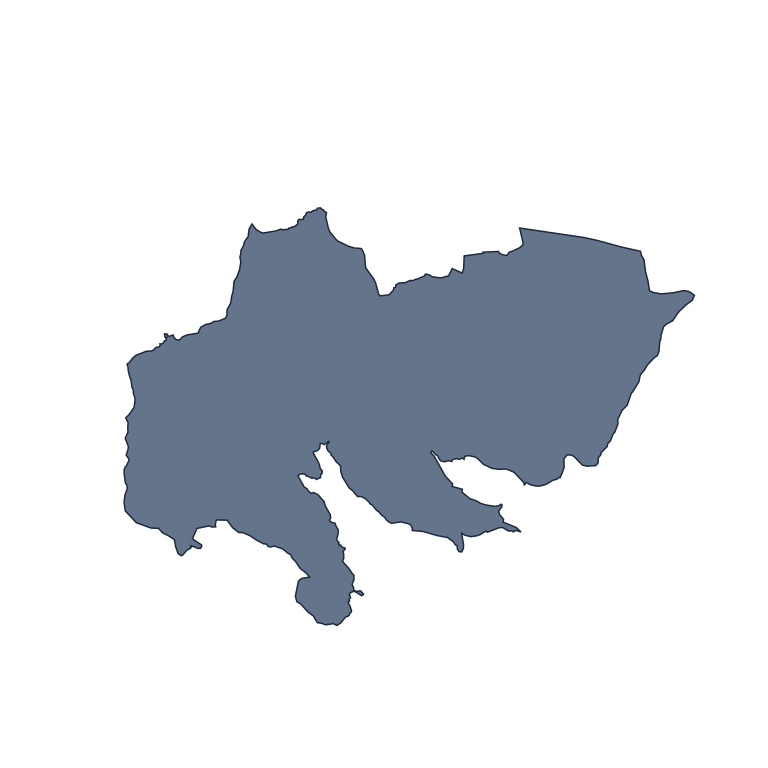 Teliucu Inferior, Hunedoara, Romania, rotated 216°
{"feature_id": "2599482B31599362793589", "entity_name": "Teliucu Inferior", "entity_type": "district", "adm_level": 2, "iso_a3": "ROU", "parent_name": "Romania", "parent_adm1": "Hunedoara", "projection": "robinson", "projection_center": [22.87, 45.686], "detail": "fine", "context": "isolated", "style": "filled", "palette": "slate", "viewbox_px": 768, "rotation_deg": 216, "n_neighbors": 0, "source": "geoboundaries", "source_scale": "gbopen_adm2", "svg_char_len": 6171}
<svg xmlns="http://www.w3.org/2000/svg" viewBox="0 0 768 768"><g transform="rotate(216 384 384)"><path d="M580.7,420.2L580.3,416.4L578.8,412.6L578.3,408.2L576.4,405.1L575.2,402.0L571.5,398.5L568.1,391.7L566.0,384.4L565.7,378.8L560.7,370.6L558.7,365.2L555.7,359.6L554.6,351.8L551.3,346.9L551.0,343.9L554.9,337.6L558.3,334.7L559.8,331.1L563.4,327.2L565.6,322.1L564.8,317.3L564.1,316.1L572.4,307.7L574.7,303.7L575.3,299.8L577.2,298.1L578.5,297.7L581.4,298.3L583.4,299.7L585.2,297.0L586.8,295.9L587.5,295.9L588.5,297.0L591.1,295.5L589.1,293.5L588.0,293.2L587.1,293.9L587.1,292.6L585.9,291.3L587.0,289.7L586.7,288.0L587.2,285.9L588.9,284.7L588.1,284.1L587.4,282.2L590.1,279.4L590.4,276.5L591.3,274.2L595.6,270.7L601.7,261.1L602.6,257.0L602.7,250.7L603.6,249.7L603.0,248.4L601.4,247.6L598.8,244.5L593.4,239.9L591.4,238.9L585.9,233.1L583.6,232.0L581.0,228.9L577.5,226.5L575.7,224.3L572.4,218.1L572.3,209.4L573.1,204.9L568.1,202.1L565.7,198.1L562.8,194.5L561.5,188.0L554.1,183.2L552.7,180.8L550.8,174.9L545.7,173.2L544.4,167.1L544.5,164.5L544.0,162.2L541.3,158.5L535.5,152.4L534.3,151.5L532.9,151.3L530.3,148.7L528.3,141.9L524.9,135.7L518.7,129.2L502.8,126.2L487.9,130.5L481.5,134.7L475.7,133.4L469.3,134.5L462.0,134.9L456.9,129.9L450.9,125.8L447.0,125.9L446.2,128.0L445.8,133.6L443.9,137.7L444.1,138.6L445.4,139.2L444.9,139.9L442.5,140.3L442.0,140.8L438.5,141.3L435.9,143.1L436.0,145.5L437.2,146.6L448.0,146.1L450.4,157.2L441.8,166.7L439.5,166.9L436.2,169.5L437.8,171.0L439.8,175.4L430.9,181.6L421.8,178.7L414.1,178.5L410.9,180.8L403.2,182.5L395.0,182.8L387.6,183.9L385.2,185.3L382.6,184.9L382.4,184.4L380.1,185.4L377.2,188.6L368.7,191.1L362.5,190.6L359.3,191.1L355.7,189.1L351.2,188.4L343.4,185.5L336.3,185.3L330.6,184.2L336.3,178.4L337.4,174.3L330.9,160.1L326.3,156.6L322.0,157.1L311.4,154.8L304.8,154.8L297.6,151.7L294.1,153.6L289.2,155.1L287.9,157.0L287.0,157.3L284.7,160.0L280.1,161.1L278.5,165.4L278.2,172.5L276.5,175.3L276.3,176.6L276.8,178.4L276.5,180.4L277.0,181.5L280.9,184.4L284.4,186.1L285.0,186.9L284.3,187.7L284.5,188.4L285.9,189.4L285.4,191.4L288.5,193.5L288.5,195.1L286.7,198.5L284.3,199.2L277.6,199.6L277.7,200.6L276.8,201.3L277.0,202.0L281.4,202.9L284.6,199.8L287.3,199.5L288.7,201.1L292.1,203.2L293.2,207.9L295.9,211.6L299.3,212.3L303.8,214.1L313.3,216.1L314.1,219.4L317.2,223.3L318.6,223.9L318.5,227.9L319.1,228.4L322.8,227.2L324.4,228.3L325.6,227.1L326.9,227.9L327.0,229.1L330.9,230.2L332.7,235.1L335.4,239.2L339.6,241.0L341.8,242.6L345.6,241.1L348.0,241.6L348.5,244.5L350.8,246.8L359.9,250.9L363.3,253.6L372.0,255.6L376.4,255.0L377.6,254.4L378.7,252.7L382.6,253.0L384.8,254.1L387.8,253.7L399.8,259.2L398.8,261.8L397.1,263.5L394.2,264.8L392.9,263.8L391.5,264.6L386.8,265.4L386.8,266.0L385.2,266.9L382.2,267.3L382.1,268.2L380.3,270.9L382.0,273.5L381.5,275.0L382.5,277.2L386.6,278.6L388.2,280.3L391.3,282.3L400.8,286.6L401.1,287.7L398.6,291.1L398.2,293.9L400.6,298.4L399.4,299.4L396.8,299.8L394.9,305.1L394.4,304.7L394.3,300.3L392.3,298.1L391.3,298.0L390.2,297.0L386.2,296.7L384.8,295.2L382.8,295.2L377.0,293.0L372.2,292.4L370.6,291.7L367.8,288.1L363.0,284.4L351.3,279.5L346.0,279.1L339.4,277.4L336.0,279.7L330.9,280.2L326.6,279.6L324.9,278.8L322.3,279.2L315.7,277.4L313.1,277.6L309.1,276.5L305.4,276.5L301.9,275.4L298.2,275.2L295.9,275.9L289.3,282.3L283.2,284.9L280.1,285.7L278.8,285.3L276.3,283.9L275.0,282.1L265.7,287.7L251.9,292.6L242.5,297.1L235.1,297.1L231.9,295.8L230.1,296.2L227.3,293.4L224.8,292.5L222.4,293.8L223.0,297.3L225.0,300.6L233.4,308.8L229.9,309.2L224.2,311.4L220.1,315.3L217.9,318.3L215.0,325.0L213.3,324.8L206.5,335.2L203.7,337.6L197.0,338.2L194.2,340.3L192.4,340.4L191.7,342.3L190.7,343.4L186.1,344.8L192.8,345.6L206.4,342.3L207.8,344.9L213.9,346.3L216.6,348.7L216.4,353.9L217.7,355.6L218.7,355.5L219.6,352.9L222.5,350.1L229.7,346.4L235.3,344.3L239.9,343.9L247.4,341.7L257.4,342.4L258.8,344.9L268.5,341.2L269.8,343.5L280.1,345.5L301.0,355.1L305.8,355.9L306.1,357.7L305.4,358.1L300.3,357.2L297.8,357.4L296.3,356.1L293.1,355.2L290.9,355.9L289.1,356.8L287.0,359.7L283.5,361.3L284.0,362.8L283.7,363.8L281.7,365.9L278.2,367.9L278.1,368.7L276.6,370.4L275.0,370.1L276.1,372.9L275.0,374.4L272.7,376.2L267.3,378.5L264.5,378.7L256.3,377.5L246.6,379.3L242.9,381.7L242.1,381.6L236.0,386.4L232.9,387.8L226.7,389.0L212.9,386.4L211.3,384.8L210.9,385.0L211.3,387.2L210.7,387.9L206.1,388.6L201.4,390.6L197.7,393.2L193.9,398.1L190.7,405.5L188.4,408.3L187.2,411.4L186.3,412.2L187.0,412.9L187.3,415.7L189.2,422.2L194.5,429.4L194.1,434.3L190.5,436.7L187.2,437.0L176.0,435.0L171.6,436.7L164.7,442.5L164.4,445.9L167.3,450.6L166.9,453.9L168.0,456.0L166.7,464.7L168.0,467.5L167.3,470.6L169.3,478.6L168.9,480.4L171.3,489.3L174.1,492.8L175.9,502.7L174.8,509.7L178.5,521.9L178.2,524.0L179.1,535.7L181.4,540.6L181.9,543.1L181.5,548.5L182.1,554.0L180.9,564.0L179.5,567.5L180.7,572.0L185.2,579.3L186.8,583.6L188.6,586.5L191.5,594.8L190.6,598.7L187.6,605.0L188.0,613.9L187.7,617.2L186.1,625.7L183.8,633.0L185.0,638.2L190.1,638.2L192.8,637.7L196.5,635.7L203.6,627.8L212.5,620.0L219.6,616.4L223.5,615.6L224.6,616.1L231.0,622.5L238.4,628.5L246.5,637.2L251.5,639.5L254.4,642.2L271.9,634.6L296.6,625.2L308.2,620.1L366.0,589.9L354.6,580.1L353.5,578.2L354.2,574.4L357.6,567.9L360.3,564.1L360.0,560.5L362.1,559.0L367.1,557.6L369.3,558.5L381.3,548.9L380.3,548.3L394.4,534.8L387.4,524.2L385.9,519.7L396.7,517.5L395.3,509.5L400.5,503.1L407.8,499.2L410.8,499.0L414.7,497.7L415.1,496.6L414.8,495.2L418.6,488.7L420.3,487.0L420.7,485.3L423.8,483.0L426.5,478.3L431.2,474.6L432.7,471.0L431.5,469.2L432.6,467.5L431.6,465.6L432.2,460.0L432.7,458.7L438.9,453.1L441.1,453.5L449.9,460.6L453.7,462.8L467.2,467.3L475.5,476.8L480.9,480.0L482.5,480.0L488.1,476.5L494.0,474.5L505.3,472.5L508.4,472.9L517.0,475.2L520.4,477.2L529.4,485.0L531.3,489.0L533.6,488.6L535.3,489.3L537.0,488.8L538.8,489.2L541.2,487.1L541.0,485.1L543.6,482.1L544.1,479.6L545.8,479.2L547.4,477.2L546.7,474.6L547.2,471.9L546.0,469.8L549.6,467.1L549.7,465.2L547.9,463.2L548.5,459.9L550.2,457.0L550.8,456.9L551.7,454.8L552.7,454.1L552.4,453.0L556.7,449.2L558.6,448.6L561.3,444.4L570.4,435.2L573.2,434.2L578.4,433.9L584.9,435.8L584.3,430.3L580.4,423.0L580.7,420.2Z" fill="#64748b" stroke="#1e293b" stroke-width="1.5"/></g></svg>